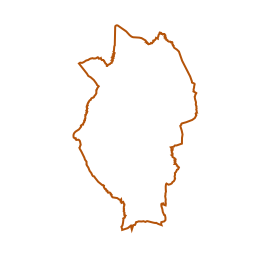 Sør-Odal nor, Hedmark, Norway, rotated 14°
{"feature_id": "86288312B58904882216706", "entity_name": "Sør-Odal nor", "entity_type": "district", "adm_level": 2, "iso_a3": "NOR", "parent_name": "Norway", "parent_adm1": "Hedmark", "projection": "mercator", "projection_center": [11.753, 60.212], "detail": "fine", "context": "isolated", "style": "outline", "palette": "amber", "viewbox_px": 256, "rotation_deg": 14, "n_neighbors": 0, "source": "geoboundaries", "source_scale": "gbopen_adm2", "svg_char_len": 5737}
<svg xmlns="http://www.w3.org/2000/svg" viewBox="0 0 256 256"><g transform="rotate(14 128 128)"><path d="M185.0,203.7L184.2,203.7L182.1,201.1L180.9,198.3L179.3,195.7L178.8,194.0L178.8,193.6L179.1,193.2L179.6,193.0L180.1,193.6L180.7,192.8L181.3,193.6L181.8,193.9L183.2,194.0L183.0,192.3L182.3,190.5L181.9,188.2L180.6,185.3L180.5,184.4L180.6,184.1L180.2,182.7L180.2,180.3L179.8,179.5L179.8,179.1L179.5,178.5L178.7,175.5L178.5,173.4L178.8,172.6L181.1,173.2L182.8,172.2L183.9,171.1L184.2,169.8L185.3,168.6L185.9,166.5L185.6,165.6L185.8,165.4L184.9,163.7L185.0,162.1L184.4,160.4L185.2,159.0L185.6,156.7L186.6,155.9L187.0,154.0L186.5,153.6L185.6,153.5L185.1,152.7L184.5,152.7L184.4,152.2L183.4,151.3L182.0,151.6L182.2,151.0L181.9,150.6L182.2,150.5L182.0,150.0L182.2,149.6L181.2,148.8L181.3,148.6L181.0,148.2L181.7,148.0L181.4,147.6L181.7,146.9L181.3,146.8L180.8,146.2L178.2,145.3L177.7,144.2L176.9,143.8L177.7,143.2L177.4,142.7L177.5,142.2L177.3,141.8L176.5,141.5L176.3,140.5L176.1,140.3L176.2,140.0L176.0,139.5L176.4,139.3L176.6,138.8L176.5,137.8L175.4,138.3L175.4,137.5L174.2,136.4L176.9,135.1L177.7,133.6L179.3,133.2L184.1,130.1L182.8,124.5L182.5,121.1L180.8,117.6L178.2,113.3L178.9,112.0L178.7,111.4L179.2,110.5L183.1,108.3L188.4,104.6L190.4,102.2L191.2,99.0L190.7,98.7L190.6,98.1L190.2,97.6L190.7,96.5L191.1,96.4L190.8,96.0L190.6,95.0L189.7,93.4L189.9,92.7L189.3,91.2L189.2,90.3L188.7,89.9L188.0,88.5L187.9,87.3L187.7,86.5L186.1,83.8L185.1,81.5L185.3,81.0L185.3,79.1L185.8,78.1L185.5,77.8L185.6,77.5L182.7,76.7L182.8,75.9L182.4,75.3L182.3,74.4L182.3,72.6L182.1,71.6L182.1,69.5L181.8,68.9L179.1,68.4L178.6,67.1L175.8,62.9L164.3,49.7L158.9,41.5L156.5,40.1L153.5,39.0L152.2,37.6L152.3,37.2L151.7,37.0L151.6,36.6L151.1,36.4L151.2,36.0L150.5,35.4L150.4,34.8L150.2,34.7L150.3,34.2L150.1,34.0L149.6,34.0L148.7,34.5L148.2,34.0L146.7,34.3L145.4,33.9L145.0,33.2L143.9,33.2L143.6,32.4L142.8,32.3L142.8,31.5L142.2,31.5L142.4,31.1L142.1,31.1L142.0,30.4L141.4,30.4L141.5,29.8L141.3,29.8L141.3,29.4L141.7,28.9L140.6,28.0L139.6,28.2L139.1,28.7L138.7,28.3L137.6,28.7L137.0,28.5L136.9,27.7L135.7,27.7L135.6,28.2L135.6,29.3L135.1,30.5L135.3,31.8L135.1,32.4L135.1,33.4L135.3,34.1L133.4,33.7L133.3,35.1L132.9,36.1L131.5,37.0L131.8,37.3L131.7,37.8L131.9,38.0L131.0,39.1L130.9,39.9L130.3,40.2L129.6,40.0L129.2,40.9L127.6,41.8L127.2,41.7L127.0,41.1L126.3,40.6L125.7,40.9L125.6,40.2L125.0,39.7L124.4,40.0L124.4,39.4L123.8,38.8L119.4,37.5L117.0,37.6L111.0,38.7L109.3,38.5L107.1,37.5L102.9,34.7L93.2,31.0L92.2,31.1L91.2,31.9L91.1,33.0L95.2,51.1L95.0,51.5L95.0,52.6L95.7,56.8L95.4,57.3L96.3,58.6L96.8,58.5L96.9,59.0L96.2,59.7L96.7,59.8L96.6,60.3L96.7,60.7L96.3,60.6L96.5,60.9L96.2,61.1L96.4,61.4L95.9,61.9L96.3,62.0L96.3,62.3L96.5,62.4L96.2,62.8L96.6,62.7L96.6,62.9L96.4,63.2L96.7,63.4L96.5,63.5L96.4,64.0L96.5,64.2L96.3,64.3L96.6,64.5L96.3,65.1L96.5,65.0L96.7,65.5L96.6,65.8L96.9,66.2L96.6,66.6L96.8,66.8L96.8,67.3L96.2,68.1L96.4,68.7L95.4,69.4L95.0,70.3L93.8,71.2L93.1,72.0L92.9,72.8L92.4,72.9L92.1,71.9L91.4,71.1L90.4,70.8L89.5,69.6L88.7,69.2L88.6,68.6L87.6,68.0L86.2,68.4L85.6,68.0L84.8,66.8L84.5,67.3L84.1,67.1L83.4,67.4L83.3,67.7L82.8,67.8L81.8,66.7L81.5,66.7L79.8,68.3L77.9,68.9L76.8,68.8L74.9,69.7L73.9,70.5L73.1,71.5L71.1,72.6L69.1,74.8L67.7,75.9L65.8,76.2L64.8,77.3L75.0,85.2L76.9,87.1L79.5,87.8L83.2,89.7L86.7,92.6L87.5,93.7L89.5,94.6L88.5,97.1L88.5,98.1L88.1,98.7L88.2,99.4L88.4,99.5L88.5,100.6L88.6,101.0L88.9,101.7L88.5,103.4L87.5,105.5L87.5,106.1L87.4,106.4L86.7,107.1L86.2,107.2L85.2,108.3L85.0,109.8L84.2,110.3L83.6,111.8L83.6,112.6L83.2,112.9L83.2,113.7L82.9,114.7L83.3,115.4L83.0,115.8L83.4,116.0L83.0,116.8L83.1,117.2L82.9,117.5L83.2,117.6L83.4,118.4L83.9,118.9L83.5,119.4L83.8,120.3L83.4,121.0L84.3,121.6L84.0,122.0L84.3,122.3L83.9,122.9L84.4,123.3L84.0,124.2L84.0,125.4L83.5,125.7L83.7,126.0L83.6,126.8L83.9,127.5L84.3,129.1L84.0,129.5L84.2,129.9L84.4,131.0L83.8,131.3L84.0,131.6L83.8,132.1L84.0,132.4L84.1,133.0L83.4,134.3L83.6,135.5L82.9,135.7L81.8,136.9L81.7,137.3L82.2,138.0L80.8,141.2L78.0,144.2L77.2,145.6L76.9,146.6L76.8,147.8L77.0,148.9L77.6,150.4L78.9,150.8L79.7,150.5L79.9,150.7L79.8,151.3L80.0,151.7L80.7,152.1L82.9,151.3L84.2,152.0L85.0,153.3L86.2,155.8L86.0,156.2L85.9,157.3L85.9,158.3L85.6,158.9L86.2,159.8L88.6,162.3L92.8,167.3L93.9,169.1L95.9,170.7L96.1,171.3L96.1,171.8L96.4,172.4L96.4,173.0L96.7,173.2L96.7,173.6L97.0,174.1L99.1,176.0L101.1,178.8L103.3,180.6L104.9,182.6L105.7,183.2L107.0,183.2L107.7,184.0L112.1,187.4L117.0,189.7L117.5,189.4L118.7,189.8L118.7,190.0L118.6,190.4L118.8,190.7L118.9,191.2L120.2,192.6L121.1,192.5L121.3,192.7L121.2,193.1L122.1,193.7L122.3,194.1L123.0,193.8L123.5,194.2L123.6,195.0L123.9,195.4L124.4,195.6L125.8,195.0L126.6,195.4L127.1,195.7L127.1,196.2L127.6,196.4L127.6,196.8L128.3,196.9L128.3,197.4L128.8,198.3L129.9,199.0L134.5,198.6L137.3,199.7L138.2,199.7L138.6,198.9L138.8,199.4L138.6,199.8L138.8,200.0L138.6,200.9L138.8,201.4L139.6,201.5L139.9,202.2L140.3,201.9L140.5,201.2L141.2,201.4L141.4,201.1L142.3,202.4L142.9,202.8L142.8,203.2L143.1,203.5L143.0,204.1L143.2,204.4L143.0,205.1L143.3,206.8L143.5,207.0L143.4,207.2L143.8,208.0L143.7,208.2L144.1,208.8L143.9,209.2L144.0,210.0L145.0,210.8L145.0,211.8L145.5,212.3L145.3,213.0L145.4,213.3L146.8,213.6L146.4,214.5L146.6,214.8L146.4,215.2L146.5,215.6L146.1,215.8L146.0,216.3L145.3,216.9L145.6,217.2L146.1,221.2L146.2,224.0L145.5,225.5L146.7,227.3L147.0,228.3L152.0,225.2L154.6,221.8L155.1,221.8L154.8,222.9L156.3,225.7L156.5,222.4L156.8,220.9L158.3,220.3L158.7,217.3L159.7,216.9L160.9,216.0L164.0,215.4L165.5,214.7L167.6,214.9L168.8,213.9L169.6,213.7L175.3,213.7L177.5,213.6L178.2,213.2L180.7,213.8L184.0,214.1L183.4,213.2L183.1,211.3L185.8,209.8L186.6,208.3L186.1,206.1L185.0,203.7Z" fill="none" stroke="#b45309" stroke-width="2"/></g></svg>